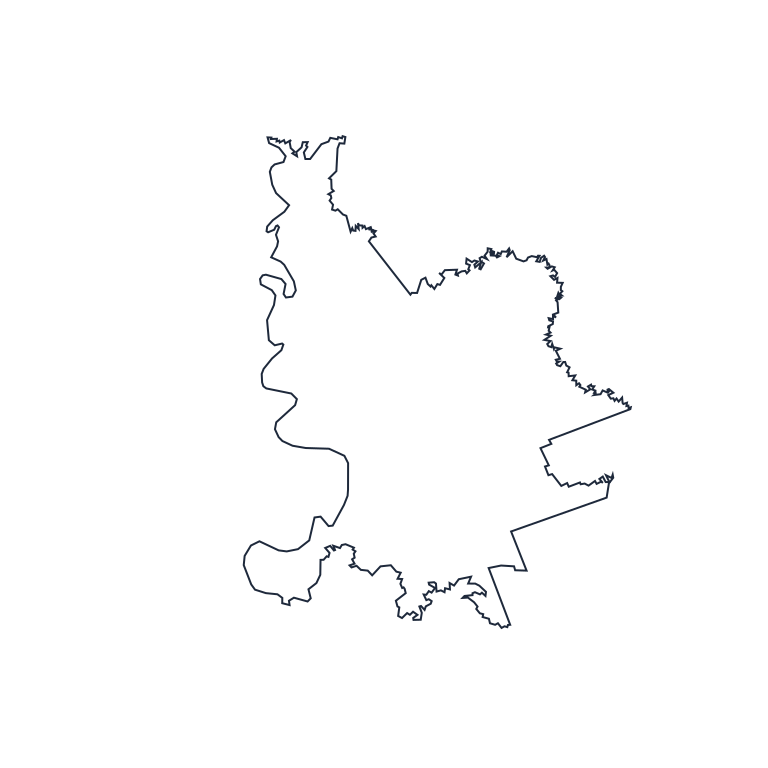 Hidalgotitlán, Veracruz, Mexico, rotated 333°
{"feature_id": "50627088B3340107825603", "entity_name": "Hidalgotitlán", "entity_type": "district", "adm_level": 2, "iso_a3": "MEX", "parent_name": "Mexico", "parent_adm1": "Veracruz", "projection": "mercator", "projection_center": [-94.598, 17.582], "detail": "fine", "context": "isolated", "style": "outline", "palette": "slate", "viewbox_px": 768, "rotation_deg": 333, "n_neighbors": 0, "source": "geoboundaries", "source_scale": "gbopen_adm2", "svg_char_len": 6142}
<svg xmlns="http://www.w3.org/2000/svg" viewBox="0 0 768 768"><g transform="rotate(333 384 384)"><path d="M592.1,518.2L593.3,516.8L591.0,516.5L591.9,514.2L590.0,513.7L592.0,511.0L588.2,510.5L588.0,509.2L590.0,504.2L585.1,506.2L584.6,502.5L581.8,503.7L581.9,500.9L579.4,500.0L578.8,495.7L584.4,495.9L582.1,490.6L580.6,490.5L580.0,491.9L581.5,492.5L579.5,493.4L575.9,489.0L572.3,491.4L566.2,489.2L568.2,488.8L568.7,487.5L567.4,487.2L569.3,485.8L567.0,483.4L570.3,481.5L567.8,480.1L568.2,478.6L564.6,478.8L565.4,482.4L559.4,482.8L561.2,480.7L556.8,475.1L558.5,474.1L558.1,471.9L554.8,472.4L556.8,468.3L553.6,466.2L558.3,463.2L552.1,460.9L553.6,457.7L552.5,456.7L556.9,453.4L554.8,450.3L555.4,446.6L553.8,445.8L549.2,448.2L546.8,445.8L546.7,443.9L550.2,443.6L548.2,442.5L548.1,440.4L552.2,441.4L552.2,432.4L557.1,432.6L552.6,428.8L551.3,429.9L552.1,424.6L549.8,427.1L547.7,425.0L547.6,422.5L551.8,421.3L546.9,417.5L554.5,416.7L550.8,413.5L555.7,413.8L554.9,411.3L557.4,408.3L556.0,407.9L556.6,407.1L561.6,407.2L563.0,405.0L560.2,402.3L560.6,400.1L564.1,402.9L565.5,400.0L567.4,402.8L566.5,398.9L571.7,399.5L575.8,389.9L575.3,387.7L576.7,387.6L575.4,384.8L578.7,388.0L580.9,387.5L578.1,384.6L580.7,382.0L580.7,385.2L582.7,386.0L581.6,383.5L585.0,382.3L584.2,380.6L585.7,377.7L589.1,375.0L584.2,372.3L586.7,368.3L582.8,368.4L581.2,363.5L583.9,364.0L585.0,366.2L588.6,363.8L587.5,359.5L585.8,359.4L589.1,357.5L586.9,355.4L582.1,355.6L581.5,354.0L584.2,355.3L585.4,353.4L585.3,351.4L583.8,351.8L585.5,346.4L581.9,346.3L585.1,344.0L584.9,342.4L581.1,342.9L578.2,345.9L575.4,343.8L580.8,340.4L579.5,339.6L577.9,340.5L573.7,337.1L569.7,336.7L567.2,338.5L564.0,338.1L558.7,332.4L558.9,324.1L550.8,326.7L556.8,321.8L557.0,320.0L553.3,321.8L549.2,319.4L547.0,321.2L545.2,318.8L542.9,320.5L544.9,322.5L542.1,322.5L541.8,320.4L537.5,317.9L537.9,316.9L538.8,318.4L541.1,317.8L542.1,316.2L541.0,315.0L540.1,316.6L538.5,314.7L540.9,312.5L538.0,310.2L536.4,313.2L531.9,315.3L532.5,319.5L529.0,315.1L526.3,315.3L525.8,318.3L527.8,322.0L522.2,325.7L521.2,324.5L525.8,319.7L518.2,321.5L518.7,318.7L523.3,317.5L520.6,315.0L517.7,315.3L514.5,309.8L511.8,314.0L514.5,317.1L511.2,320.0L511.8,321.6L508.0,323.0L507.8,320.1L504.3,318.9L499.6,319.0L499.1,320.9L497.3,318.9L500.9,315.3L489.9,310.2L484.9,312.6L483.5,310.1L485.9,316.9L478.9,321.1L476.9,319.2L472.0,322.2L471.0,317.5L469.7,318.3L468.4,314.8L469.2,308.1L464.5,308.1L454.8,317.9L450.1,315.4L448.1,316.4L435.3,250.0L439.3,247.8L443.5,248.8L443.0,245.1L446.1,243.9L444.5,242.5L441.5,243.2L443.7,241.5L440.4,239.1L443.1,239.8L443.4,238.2L438.2,237.8L438.4,234.5L435.8,235.1L436.7,233.0L433.9,231.4L433.8,228.9L431.8,234.4L430.6,230.3L428.1,234.6L426.2,233.3L426.5,230.7L423.4,233.1L426.8,217.0L424.4,214.4L422.1,207.3L419.4,207.5L416.9,205.0L420.0,201.1L418.8,195.9L421.5,194.4L422.2,191.8L420.6,189.6L426.8,189.2L425.9,186.3L429.8,177.9L428.4,175.8L438.2,172.7L449.5,153.1L453.7,149.3L457.8,151.8L461.7,146.4L459.6,144.4L458.1,146.0L455.3,143.2L453.7,144.9L447.9,140.3L444.6,142.8L437.1,141.9L420.3,150.0L416.1,147.8L417.7,141.3L423.4,138.0L422.8,136.2L425.8,133.8L421.4,131.7L418.0,135.7L411.1,137.6L409.9,141.6L407.1,136.9L409.8,136.4L408.0,131.5L409.8,125.4L411.9,124.4L405.3,124.8L405.6,121.3L400.7,121.5L401.2,119.6L398.4,119.1L399.9,116.9L394.5,114.4L395.5,113.3L392.2,111.4L391.0,117.2L397.7,125.8L399.8,136.4L395.2,140.6L386.2,138.7L382.1,139.9L378.6,143.1L374.9,155.7L374.5,164.9L380.6,181.6L373.4,185.3L359.3,187.6L351.4,190.7L348.7,194.6L349.6,196.2L356.2,196.7L359.4,194.3L361.1,194.4L361.6,196.7L355.5,202.0L354.4,208.8L351.2,212.8L341.0,219.9L347.5,228.0L349.2,232.5L350.3,251.6L347.9,260.6L342.1,264.6L335.9,262.4L335.4,258.2L341.7,250.2L340.2,243.9L328.4,233.0L325.2,232.1L321.2,234.2L319.5,239.3L326.6,249.4L327.5,255.8L321.8,263.7L308.8,274.0L301.3,292.7L304.2,299.9L311.6,301.7L312.2,303.2L307.9,307.3L295.9,310.4L283.6,315.9L279.6,319.5L276.1,327.3L275.5,331.2L277.1,334.5L297.1,350.4L299.5,357.9L295.2,362.5L270.6,369.2L266.3,374.8L266.0,383.5L267.6,388.7L274.5,397.5L285.2,405.5L305.6,416.7L316.1,430.0L316.1,438.2L304.0,461.8L300.8,467.1L293.4,473.6L274.0,486.9L270.1,485.4L267.3,473.4L261.5,471.4L246.4,489.4L232.4,492.1L221.3,489.0L214.6,484.4L201.6,467.6L192.1,467.5L181.8,473.9L176.8,481.7L174.7,502.3L175.7,508.7L183.8,516.7L193.6,523.0L196.3,528.4L193.8,533.1L199.5,538.1L200.9,534.0L206.7,533.5L217.2,543.1L221.4,541.7L223.5,532.6L233.4,530.7L240.6,525.1L247.6,511.9L250.4,513.2L254.7,511.5L256.0,512.8L258.8,509.8L257.2,503.4L262.6,503.8L263.8,509.6L265.0,509.7L265.4,505.1L270.3,510.2L273.3,508.3L277.0,509.3L282.9,516.2L280.9,517.3L282.6,520.1L280.0,521.5L279.0,525.4L276.0,525.7L276.2,530.7L271.0,530.0L271.8,532.7L277.0,533.5L279.0,539.1L284.8,542.9L286.6,549.1L298.1,544.9L307.8,548.6L309.8,556.8L313.2,559.7L307.7,563.7L311.6,566.0L307.9,569.5L307.6,574.0L309.1,574.1L309.4,575.9L308.4,580.2L296.2,582.5L295.0,588.3L296.2,590.0L291.3,597.1L293.8,600.7L300.6,598.6L302.3,601.4L306.5,600.1L309.0,604.9L303.8,605.7L303.2,607.6L309.7,610.7L313.8,605.0L314.5,598.3L316.2,598.6L317.6,603.7L320.3,601.1L325.9,601.0L327.9,599.1L326.2,596.1L323.6,595.8L323.8,589.6L326.0,591.0L329.9,588.9L331.7,591.5L336.9,588.9L333.1,583.2L333.6,581.3L338.7,583.4L339.7,585.4L336.6,592.8L341.0,593.7L343.4,597.0L345.7,593.7L349.5,597.0L352.1,591.1L354.9,595.4L362.0,591.9L374.1,595.2L368.4,600.0L374.7,603.3L377.4,607.0L380.5,615.5L378.2,618.9L376.5,614.4L374.0,615.0L370.5,610.8L367.9,610.6L367.0,612.3L359.5,609.4L356.9,610.3L361.8,612.4L365.2,619.4L366.3,624.8L364.1,626.3L365.3,631.8L367.9,634.1L366.1,636.4L370.9,640.8L369.8,645.3L373.7,649.0L376.9,648.9L378.0,654.7L381.4,654.6L383.5,656.6L385.0,655.0L387.1,655.8L393.7,595.5L405.9,598.9L417.1,605.5L416.3,609.5L426.3,615.0L430.3,573.1L530.8,586.3L539.3,574.6L545.7,571.6L546.6,568.6L544.1,571.0L540.4,566.1L540.3,573.7L537.0,572.0L536.9,565.8L532.8,566.4L534.1,571.4L533.1,569.6L528.1,569.5L528.0,566.2L520.1,567.4L517.6,563.8L513.7,562.6L513.9,560.7L502.0,559.4L502.2,555.4L495.7,555.3L492.9,540.6L489.1,539.9L490.0,530.6L493.9,531.3L494.3,512.2L505.9,513.3L505.7,508.7L592.1,518.2Z" fill="none" stroke="#1e293b" stroke-width="2"/></g></svg>